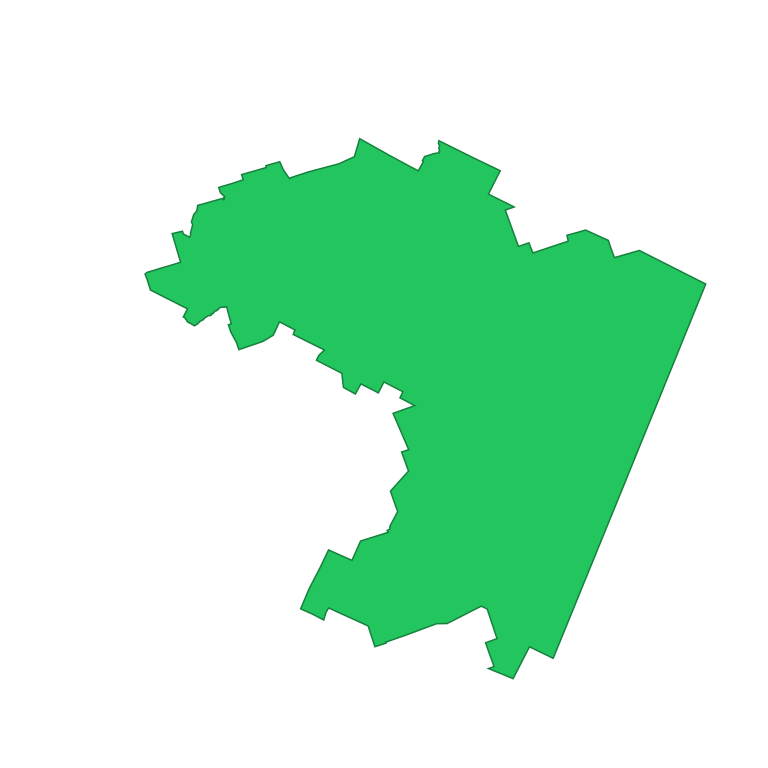 the district of Boulia, Queensland, Australia, rotated 203°
{"feature_id": "25037944B33105605540770", "entity_name": "Boulia", "entity_type": "district", "adm_level": 2, "iso_a3": "AUS", "parent_name": "Australia", "parent_adm1": "Queensland", "projection": "orthographic", "projection_center": [140.076, -22.279], "detail": "fine", "context": "isolated", "style": "filled", "palette": "green", "viewbox_px": 768, "rotation_deg": 203, "n_neighbors": 0, "source": "geoboundaries", "source_scale": "gbopen_adm2", "svg_char_len": 5367}
<svg xmlns="http://www.w3.org/2000/svg" viewBox="0 0 768 768"><g transform="rotate(203 384 384)"><path d="M122.9,325.2L122.9,327.8L123.2,350.5L123.7,387.8L123.8,393.4L123.9,395.9L123.9,400.0L124.0,403.5L124.0,406.0L124.2,416.1L124.5,438.8L124.6,443.9L124.9,466.5L124.9,469.1L124.9,470.8L124.9,471.6L125.0,474.1L125.0,476.6L125.0,477.9L125.1,482.0L125.2,489.2L125.4,499.3L125.4,501.9L125.5,511.0L125.6,514.5L125.6,517.0L125.7,522.1L125.8,529.6L126.0,539.7L126.9,601.7L195.1,606.3L201.1,606.7L221.3,590.4L229.4,599.0L233.6,603.8L248.8,604.2L258.6,604.5L265.7,598.7L273.7,592.4L270.2,587.5L298.2,562.8L305.7,570.6L314.0,563.2L340.3,591.5L333.4,597.8L362.1,599.6L360.3,625.7L365.7,626.0L387.7,627.0L388.0,627.0L414.9,628.6L428.5,629.4L428.3,628.8L428.3,628.5L428.4,628.1L428.1,627.6L427.9,627.1L427.9,626.5L427.7,626.3L427.3,626.1L427.0,626.0L426.8,625.9L426.5,625.8L426.1,625.6L426.0,625.2L425.9,624.7L425.9,624.3L425.9,623.9L425.8,623.3L425.7,622.7L425.6,622.2L425.3,621.8L425.0,621.6L424.7,621.2L424.2,620.9L424.3,620.6L424.2,620.3L424.0,620.1L424.0,619.8L423.9,619.7L424.0,619.6L424.1,619.4L424.2,619.2L423.8,618.6L423.7,618.3L423.8,618.3L427.3,616.1L428.0,615.6L435.5,609.2L435.9,604.5L434.6,604.1L435.7,593.6L451.9,595.0L455.9,595.4L459.9,595.8L461.0,595.9L463.0,596.1L465.5,596.3L469.4,596.6L470.2,596.8L502.2,600.3L500.1,581.6L506.9,574.2L511.5,569.1L515.8,565.8L517.2,564.7L519.0,563.3L536.8,549.4L537.0,549.3L539.8,546.8L540.0,546.6L540.2,546.4L540.6,546.0L541.0,545.7L543.6,543.5L544.8,542.5L544.9,542.3L545.2,541.9L545.5,541.9L547.9,539.7L548.0,539.6L548.3,539.4L548.4,539.2L549.1,538.7L549.3,538.5L551.4,536.5L551.4,536.3L552.1,536.6L560.4,541.9L563.1,544.4L566.8,547.9L573.0,542.9L573.5,542.5L578.0,538.8L576.9,537.3L596.9,521.1L595.8,519.8L593.4,517.0L602.1,509.3L605.9,506.2L606.0,506.1L611.8,501.3L612.9,500.3L609.2,496.1L603.8,494.3L603.6,494.1L603.7,493.3L604.2,493.1L603.8,492.8L603.9,492.0L603.3,491.6L603.2,491.4L603.4,491.0L603.6,491.0L603.6,491.4L605.3,491.6L625.3,475.6L624.0,470.3L625.0,466.5L625.4,466.0L624.6,457.9L622.5,456.0L622.4,455.9L622.3,455.7L621.1,447.3L620.6,446.5L620.2,444.9L620.4,443.2L621.7,443.2L627.3,443.7L627.5,443.8L629.2,445.9L636.6,440.5L637.8,439.7L626.9,426.4L618.8,416.6L630.6,406.7L630.9,406.5L634.9,403.2L645.7,394.2L646.9,391.8L642.9,387.7L639.2,383.3L638.4,382.4L635.7,379.2L622.4,378.3L614.8,377.8L594.3,376.4L594.9,367.2L594.5,367.2L594.3,367.2L593.9,367.3L593.1,367.1L592.6,366.8L592.4,366.5L592.2,366.3L592.1,366.2L591.8,366.2L591.5,366.2L591.2,365.9L590.9,365.8L590.6,365.5L590.5,365.3L590.3,365.0L590.1,364.9L589.7,364.8L589.4,364.6L588.8,364.5L588.2,364.1L587.8,364.3L587.4,364.3L586.9,364.2L586.3,364.2L585.9,364.3L585.6,364.2L585.1,364.1L584.5,364.0L584.1,363.8L583.6,363.8L583.1,363.8L582.7,363.8L582.4,363.6L582.1,363.5L581.9,363.5L581.2,363.6L580.8,363.9L580.6,364.2L580.6,364.6L580.6,364.8L580.3,365.0L580.1,365.3L579.5,365.8L579.2,366.2L579.2,366.5L578.9,366.8L578.9,367.1L578.9,367.6L578.7,368.0L578.3,368.2L578.2,368.7L578.0,369.0L577.9,369.3L577.9,370.0L577.6,370.3L577.2,370.5L576.7,371.1L576.5,371.4L576.2,372.0L576.0,372.3L575.6,372.3L575.5,372.5L575.4,372.8L575.2,373.8L574.9,374.8L574.5,375.1L574.0,375.8L573.7,376.4L572.9,377.4L572.7,377.9L572.1,378.6L571.9,378.7L571.7,378.7L571.4,378.7L570.9,378.9L570.5,379.2L570.2,379.6L569.9,380.1L569.9,380.4L570.0,380.6L570.2,380.9L570.3,381.0L570.2,381.1L570.0,381.4L570.0,381.5L569.9,381.6L569.6,381.5L569.3,381.6L569.0,381.9L568.9,382.3L568.9,382.7L568.8,383.0L568.6,383.3L568.4,383.5L568.4,383.8L568.3,384.2L568.3,384.3L568.3,384.6L568.1,384.8L568.0,385.2L567.8,385.5L567.7,385.7L567.3,385.6L567.0,385.7L567.0,385.9L567.0,386.1L567.1,386.3L566.9,386.6L566.5,386.8L566.2,387.0L566.0,387.3L565.9,387.4L566.0,387.5L565.9,387.8L565.7,388.1L565.7,388.5L565.6,388.8L565.4,388.9L565.3,389.1L565.3,389.5L565.0,390.0L564.6,390.4L564.1,390.8L563.5,391.3L563.3,391.4L563.2,391.4L562.5,391.6L561.8,391.9L561.3,392.2L560.7,392.4L560.5,392.6L560.0,393.1L559.5,393.4L559.1,393.6L558.2,392.5L551.5,383.9L548.1,379.7L550.4,377.8L545.1,371.8L536.3,364.8L531.0,358.9L512.1,375.9L505.0,385.7L504.5,400.3L503.8,400.3L498.5,399.9L487.3,399.0L487.0,399.0L487.2,396.6L486.9,395.3L486.9,394.1L485.3,394.0L458.8,392.4L455.0,392.2L452.1,392.0L454.3,387.0L455.2,384.9L455.5,379.5L452.2,379.2L427.0,377.4L420.0,365.0L412.1,364.2L406.5,363.6L405.3,375.0L391.8,374.1L385.7,373.6L384.9,385.8L365.3,384.4L363.6,384.3L363.9,377.5L347.3,376.1L364.2,360.5L335.6,333.2L341.2,328.3L327.4,313.4L329.5,307.4L336.2,287.9L328.4,279.3L325.2,275.8L321.5,271.8L321.8,269.2L323.0,255.8L322.1,252.7L322.4,252.1L323.9,250.4L322.1,249.2L344.2,230.3L344.3,225.1L344.6,209.1L364.7,209.5L370.2,209.6L371.1,189.9L372.9,167.0L372.9,149.1L372.9,144.5L371.4,144.4L371.0,144.4L370.6,144.4L369.8,144.4L360.2,144.2L358.2,144.1L357.2,144.0L354.5,143.8L347.3,143.2L348.1,150.9L347.5,156.2L304.1,155.1L289.7,138.6L280.9,146.3L281.6,147.0L279.9,148.5L265.1,162.0L253.6,172.9L253.4,173.1L241.9,183.9L232.4,188.1L227.7,193.6L211.9,212.5L211.5,213.0L207.6,217.5L201.1,217.2L180.5,193.8L189.4,185.5L182.8,178.2L182.7,178.1L172.3,166.9L176.6,162.9L167.4,163.0L150.0,163.2L148.3,187.1L147.4,198.9L135.1,198.3L121.7,197.6L121.1,197.6L121.8,249.5L122.3,282.4L122.3,287.4L122.5,297.5L122.5,300.0L122.6,310.1L122.7,315.1L122.8,317.7L122.8,321.9L122.9,325.2Z" fill="#22c55e" stroke="#15803d" stroke-width="1.5"/></g></svg>